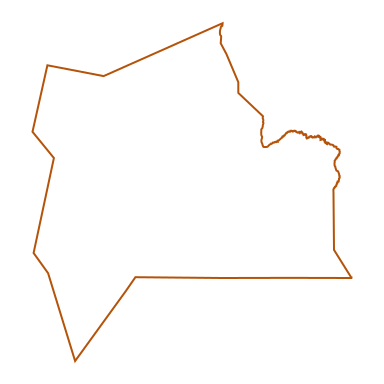 Kapoeta East, Eastern Equatoria, South Sudan
{"feature_id": "79223893B62671962917549", "entity_name": "Kapoeta East", "entity_type": "district", "adm_level": 2, "iso_a3": "SSD", "parent_name": "South Sudan", "parent_adm1": "Eastern Equatoria", "projection": "equal_earth", "projection_center": [35.583, 5.094], "detail": "fine", "context": "isolated", "style": "outline", "palette": "amber", "viewbox_px": 384, "rotation_deg": 0, "n_neighbors": 0, "source": "geoboundaries", "source_scale": "gbopen_adm2", "svg_char_len": 5757}
<svg xmlns="http://www.w3.org/2000/svg" viewBox="0 0 384 384"><path d="M48.1,273.2L75.1,361.0L82.3,351.1L126.0,290.8L135.4,277.2L222.0,278.0L270.9,277.9L307.0,277.9L351.4,278.0L351.5,277.3L351.0,277.1L334.0,249.9L333.5,194.0L333.4,189.3L333.5,189.2L334.0,188.6L334.1,188.4L334.2,188.2L334.2,187.8L334.5,187.7L334.8,187.5L334.8,187.2L334.9,186.9L335.1,186.6L335.6,186.6L335.8,186.4L336.2,186.0L336.2,185.8L336.1,185.6L336.2,185.2L336.5,185.0L336.5,184.6L336.7,184.3L336.8,184.1L336.8,183.6L337.1,183.5L337.0,183.2L337.1,182.7L337.5,182.5L337.5,182.3L337.7,182.1L337.6,181.9L337.6,181.5L338.0,181.4L338.2,181.7L338.5,181.7L338.6,181.4L338.8,180.9L338.7,180.4L339.0,179.7L339.0,179.1L339.0,178.6L339.4,178.3L339.6,177.9L339.7,177.4L339.7,177.2L339.4,176.7L339.5,176.3L339.7,176.0L339.6,175.7L339.3,175.5L339.2,175.0L339.2,174.5L339.0,174.0L338.9,173.4L338.5,172.6L338.3,171.8L338.0,171.3L337.2,170.9L336.5,170.6L336.2,170.0L335.9,169.0L335.4,167.6L335.3,166.6L335.0,166.4L334.8,165.9L334.6,165.5L334.6,164.9L334.5,164.5L334.5,164.0L334.5,163.4L334.5,162.9L334.7,162.5L334.7,161.9L334.7,161.6L334.7,161.2L334.7,160.6L335.0,160.2L335.3,160.0L335.5,159.7L335.7,159.1L336.1,158.8L336.3,158.5L336.6,158.4L336.6,158.1L336.5,157.9L336.7,157.6L337.1,157.6L337.4,157.4L337.4,157.0L337.6,156.5L337.8,156.4L337.9,156.2L338.2,155.9L338.2,155.7L338.2,155.4L338.9,155.4L339.1,155.0L338.9,154.6L338.9,154.3L339.3,153.9L339.3,153.6L339.5,153.4L339.7,153.2L339.6,152.6L339.6,152.2L339.8,151.8L339.5,151.1L339.4,150.5L339.5,149.9L339.4,149.7L339.1,149.7L338.9,149.5L338.6,149.4L338.3,149.1L338.1,148.9L337.8,149.0L337.5,149.0L337.2,148.8L337.0,148.7L336.7,148.5L336.6,148.2L336.4,147.9L336.4,147.2L336.4,146.8L336.0,146.7L335.4,146.5L335.2,146.5L334.7,146.6L334.1,146.7L333.7,146.2L333.6,145.6L333.3,145.2L332.9,145.2L332.6,144.9L332.1,144.7L331.9,144.7L331.6,144.6L330.2,144.6L330.0,144.2L329.7,144.1L329.1,143.5L328.8,143.1L328.5,142.9L328.0,143.1L327.7,142.9L327.7,142.6L327.2,142.5L327.1,142.9L327.1,143.3L327.3,143.7L327.5,143.9L327.3,144.2L327.0,144.1L326.9,143.8L326.6,143.7L326.1,143.4L325.4,143.0L325.4,142.5L325.0,142.2L324.7,142.0L324.7,141.7L325.0,141.5L324.9,141.4L324.5,141.2L324.4,141.0L324.5,140.6L325.0,140.5L325.0,140.0L324.5,140.0L324.4,139.6L324.1,139.3L324.0,139.6L323.9,139.9L323.7,139.9L323.7,139.4L323.6,139.1L323.3,139.2L323.0,139.2L322.9,139.0L322.5,139.0L322.6,138.8L322.5,138.7L322.2,138.8L322.0,139.2L321.8,139.4L321.5,139.6L321.2,139.4L321.2,139.1L321.5,138.9L321.2,138.7L320.8,139.8L320.5,139.9L320.5,139.6L320.8,138.7L320.7,138.3L320.7,138.0L320.7,137.6L320.7,137.3L320.5,137.1L320.2,137.1L320.0,137.4L319.8,137.5L319.7,137.3L319.8,137.0L319.9,136.7L319.5,136.6L319.0,136.9L318.8,136.9L318.8,136.5L319.0,136.1L319.0,135.8L318.7,135.6L318.5,135.8L318.5,136.0L318.5,136.5L318.1,136.7L317.9,136.7L317.7,136.4L317.5,136.0L317.3,136.2L317.0,136.5L316.5,136.5L316.3,136.6L316.1,137.0L315.7,136.8L315.4,136.7L315.4,136.9L315.4,137.3L315.1,137.3L314.9,137.0L314.9,136.7L314.7,136.5L314.2,137.1L314.0,137.4L313.6,137.4L313.4,137.2L312.7,137.1L312.5,137.5L312.1,137.4L311.8,137.2L311.4,136.7L311.1,136.5L311.5,136.3L311.4,136.1L310.5,136.1L310.4,136.6L310.0,136.8L309.4,136.8L309.1,137.5L308.8,137.6L308.8,137.3L308.6,137.3L308.1,137.9L307.9,138.0L307.5,138.2L307.3,137.9L307.0,138.1L306.7,138.3L306.3,137.6L306.4,137.2L306.4,136.8L306.3,136.4L306.3,136.1L306.1,135.6L306.3,135.4L306.1,135.1L306.1,134.8L306.1,134.4L305.8,134.2L305.2,134.1L305.0,134.3L304.8,134.1L304.3,134.3L304.5,134.7L304.4,134.9L304.2,134.9L303.9,134.8L303.5,135.0L303.3,134.6L303.2,134.1L302.9,133.9L302.3,133.5L302.3,133.1L302.6,133.0L302.4,132.6L302.0,132.5L301.7,132.2L301.7,131.8L301.5,131.6L301.4,131.7L301.2,132.1L300.7,132.4L300.3,132.4L300.1,132.6L300.0,131.9L299.6,131.9L299.7,132.4L299.7,132.5L299.5,132.4L299.2,132.4L299.1,132.5L299.2,132.8L298.9,132.7L298.6,132.5L298.3,132.5L297.9,132.4L297.9,132.6L297.5,132.6L297.4,132.3L297.1,132.3L296.7,132.1L296.4,131.9L296.2,131.9L296.1,131.4L295.8,131.1L295.5,130.9L295.1,130.8L294.9,131.0L294.5,131.1L294.1,130.8L293.7,131.1L293.4,131.0L293.2,131.3L292.9,131.6L292.5,131.6L292.1,131.3L292.0,130.9L291.7,130.8L291.4,130.8L291.2,130.7L290.8,130.8L290.5,130.8L290.5,131.2L290.1,131.4L289.9,131.8L289.5,131.8L289.1,131.7L288.5,131.5L288.1,131.7L287.9,132.1L287.6,132.1L287.3,132.2L287.1,132.7L286.8,133.1L286.5,133.0L286.1,133.1L285.8,133.7L285.4,134.2L285.1,134.6L284.8,135.2L284.4,135.2L284.2,135.7L283.7,135.8L283.6,136.2L283.4,136.6L283.0,136.8L282.8,136.3L282.5,136.4L282.3,137.0L282.0,137.3L281.8,137.9L281.5,138.2L280.9,138.4L280.5,138.8L280.2,139.2L279.9,139.4L279.6,139.7L279.4,139.9L279.0,140.2L278.7,140.5L278.0,140.5L277.8,140.8L277.8,141.1L277.5,141.3L277.6,141.7L277.2,141.6L276.8,141.7L276.6,141.6L276.4,142.1L276.0,142.1L275.3,142.1L275.1,141.9L274.6,142.1L274.3,142.5L273.9,142.5L272.8,142.6L272.7,143.1L272.1,143.5L271.6,143.7L271.1,143.6L270.9,144.1L269.6,144.6L268.6,145.7L267.9,146.4L267.3,146.8L266.2,147.0L264.1,147.0L263.5,146.9L263.2,146.6L262.5,144.8L262.3,143.8L262.0,143.2L261.5,142.0L261.4,141.1L261.4,140.2L261.8,138.6L262.1,137.7L262.1,136.6L261.6,135.8L261.3,134.9L261.2,132.6L261.3,131.2L261.3,130.0L261.3,129.4L261.7,128.9L262.4,127.9L262.7,126.7L262.8,125.2L263.0,124.7L263.3,123.8L263.4,123.3L263.4,122.8L263.0,122.2L263.0,121.7L263.3,120.7L263.3,119.9L263.1,119.1L262.8,118.6L262.7,118.1L262.8,117.2L263.0,116.3L238.4,93.0L238.3,92.6L238.3,84.7L238.3,82.2L226.4,54.0L220.7,43.3L220.9,40.9L221.0,39.1L221.2,36.6L221.0,35.9L220.5,35.4L220.0,34.3L219.9,32.6L220.0,30.6L220.4,29.1L220.7,28.2L220.8,27.1L221.1,26.6L221.5,26.1L222.0,26.1L222.4,25.7L222.3,24.7L222.6,24.1L222.6,23.2L103.6,76.1L47.4,65.3L32.5,131.8L53.9,158.0L33.6,253.0L48.1,273.2Z" fill="none" stroke="#b45309" stroke-width="2"/></svg>